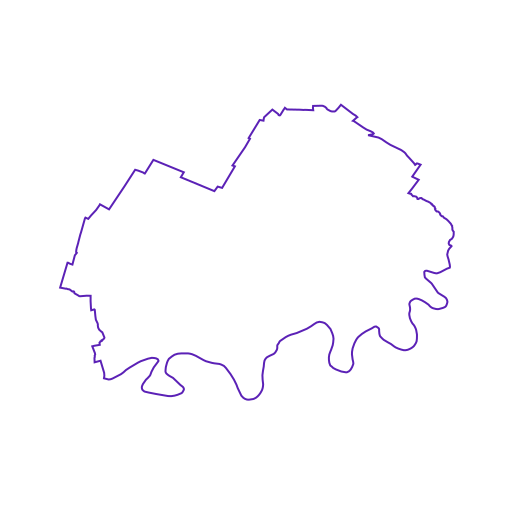 Paltinis, Botosani, Romania (Natural Earth projection), rotated 166°
{"feature_id": "2599482B86500837031664", "entity_name": "Paltinis", "entity_type": "district", "adm_level": 2, "iso_a3": "ROU", "parent_name": "Romania", "parent_adm1": "Botosani", "projection": "natural_earth1", "projection_center": [26.672, 48.222], "detail": "fine", "context": "isolated", "style": "outline", "palette": "violet", "viewbox_px": 512, "rotation_deg": 166, "n_neighbors": 0, "source": "geoboundaries", "source_scale": "gbopen_adm2", "svg_char_len": 6036}
<svg xmlns="http://www.w3.org/2000/svg" viewBox="0 0 512 512"><g transform="rotate(166 256 256)"><path d="M412.2,334.5L412.9,333.8L420.1,321.2L421.3,319.3L425.1,312.3L425.3,311.8L428.1,307.0L428.9,305.3L429.6,303.3L429.1,302.4L431.6,300.5L436.2,292.1L438.4,293.5L439.9,294.9L440.5,295.1L453.7,272.7L448.5,270.3L447.7,270.2L446.9,269.5L445.0,268.7L442.7,265.9L441.5,265.8L441.3,265.6L441.1,265.2L441.2,264.0L441.1,263.7L440.2,262.8L438.4,261.1L437.2,259.8L436.4,259.5L429.7,258.4L426.1,257.4L427.4,252.3L428.8,245.1L429.0,243.2L426.3,243.3L425.8,243.3L425.5,242.9L425.5,242.5L426.4,236.6L426.8,232.9L426.0,229.1L426.0,227.8L426.3,226.9L426.5,224.7L426.0,222.5L424.3,219.9L423.6,219.2L422.8,213.6L423.3,212.7L424.5,212.1L425.9,211.1L426.3,210.8L426.6,210.8L426.7,211.2L427.3,210.7L427.7,210.7L427.9,210.4L428.8,209.8L429.1,207.6L434.5,208.0L436.7,208.0L435.8,200.8L435.9,199.3L436.7,198.2L436.8,197.1L437.4,196.2L438.3,191.9L432.2,192.0L431.6,179.4L432.1,176.5L433.1,174.1L428.8,171.8L426.8,171.6L424.9,171.8L415.6,174.0L412.7,175.2L409.8,176.8L405.6,178.3L396.3,181.1L393.2,181.8L385.6,182.5L381.7,182.4L379.6,181.7L377.8,180.9L376.3,179.6L376.1,178.8L376.0,177.8L376.7,177.1L382.1,172.7L385.4,169.0L387.3,166.2L388.0,165.5L390.7,163.7L392.7,162.6L396.7,159.1L398.0,157.4L398.5,156.4L398.7,155.4L398.7,154.4L398.5,153.5L397.4,151.9L396.7,151.3L393.0,149.4L386.4,146.3L375.0,141.3L372.0,140.5L368.8,140.2L365.7,140.3L361.6,140.9L360.7,141.3L360.0,141.9L358.7,143.3L358.2,144.1L358.1,145.0L358.3,145.9L358.7,146.8L360.6,149.2L366.0,157.8L369.0,160.6L370.3,162.1L371.4,163.7L371.7,164.6L371.8,165.6L371.4,167.1L370.4,169.9L369.5,171.6L368.1,174.1L367.0,175.6L365.4,177.3L361.9,178.9L359.0,179.9L355.9,180.1L354.8,180.0L351.7,179.5L345.4,177.9L343.5,177.1L341.7,176.1L338.5,173.7L332.1,167.7L330.0,166.0L324.5,162.9L322.3,161.9L317.6,160.1L315.9,159.0L313.7,157.1L312.3,154.7L309.3,147.6L307.3,141.4L306.1,135.9L305.7,132.3L304.0,124.0L302.6,121.5L301.3,120.1L299.7,119.0L298.7,118.6L297.7,118.3L293.4,117.9L292.3,118.0L290.3,118.5L288.4,119.4L286.7,120.5L285.1,121.8L283.7,123.2L282.4,124.7L281.4,126.4L280.7,128.0L280.1,129.8L279.5,134.4L278.6,138.8L277.0,142.9L275.3,146.7L274.0,150.4L273.0,152.5L271.8,153.8L270.4,154.8L269.5,155.2L266.7,155.9L262.5,156.7L260.7,157.7L258.6,159.8L257.9,160.9L257.5,162.0L257.1,163.8L256.6,164.6L255.0,165.9L254.0,167.1L253.2,167.7L246.8,170.1L244.0,170.8L241.1,171.2L235.1,171.4L224.3,173.1L219.6,174.5L216.0,175.9L213.2,176.8L210.3,176.8L207.6,175.6L206.0,174.6L205.3,174.0L203.8,171.9L201.4,167.1L200.7,162.6L200.5,159.8L200.8,157.0L202.0,153.5L203.2,150.8L205.9,146.7L207.1,145.1L208.7,142.7L209.8,140.0L210.4,137.4L210.7,134.6L210.4,131.8L209.2,130.3L208.2,128.7L205.9,126.6L201.2,123.3L196.7,121.3L195.8,121.2L193.8,121.6L193.0,122.0L191.5,123.0L189.6,125.0L187.9,127.4L187.5,128.3L187.3,130.2L187.3,132.2L186.7,137.3L186.0,139.8L184.6,143.0L181.7,147.4L179.1,150.4L177.8,151.6L176.3,152.7L172.0,154.8L167.7,156.3L161.1,157.8L158.4,158.7L157.4,158.7L156.4,158.5L154.6,156.5L154.3,155.8L154.3,155.0L154.7,153.3L155.1,150.7L155.1,149.1L155.0,148.2L154.6,147.4L153.4,145.3L152.4,143.8L149.1,140.5L146.3,137.9L143.9,134.9L142.6,133.5L140.3,131.7L137.6,130.0L135.5,128.9L133.5,128.4L131.5,128.3L129.4,128.6L127.4,129.1L125.5,129.9L124.6,130.4L123.2,131.6L121.9,132.9L120.8,134.4L119.9,136.8L119.2,139.3L118.8,141.0L118.5,145.3L118.6,146.9L119.1,149.4L119.7,151.1L120.5,152.6L121.2,155.0L121.7,158.4L121.5,161.8L121.1,163.4L119.9,165.5L119.3,167.1L119.0,169.0L118.9,171.9L118.6,172.8L117.4,174.4L116.5,175.0L114.5,175.7L112.3,176.2L111.2,176.0L110.1,175.7L108.3,174.7L105.9,172.9L103.2,170.3L100.4,167.1L99.3,165.0L98.1,163.5L96.7,162.4L94.1,161.0L92.3,160.4L91.3,160.3L87.3,160.4L85.3,160.7L84.3,161.1L83.5,161.7L82.5,163.1L81.6,164.6L81.3,165.5L81.3,167.1L81.6,168.4L81.9,169.3L83.1,170.9L88.0,175.9L88.5,176.7L92.1,186.5L92.5,187.3L96.4,192.8L97.3,194.4L97.1,197.0L96.6,199.8L95.7,200.5L94.6,200.6L93.6,200.3L87.3,196.5L85.4,195.6L84.4,195.4L81.1,195.7L73.8,197.5L70.8,197.8L70.4,198.6L70.1,200.7L70.0,206.0L70.2,209.3L70.1,211.2L68.3,214.7L66.8,216.3L63.9,218.2L63.9,218.5L64.5,219.2L65.6,219.8L65.9,220.8L66.0,221.5L65.4,223.0L64.1,224.3L63.9,224.6L62.3,225.1L61.8,225.3L61.1,225.9L59.9,227.1L59.1,228.7L58.3,231.6L58.3,231.8L58.6,232.3L59.1,233.9L58.6,236.1L58.6,237.2L58.4,237.8L58.8,238.5L58.9,239.3L59.2,240.2L61.0,243.6L62.3,245.6L64.5,247.8L64.9,249.0L65.3,249.4L66.2,249.7L66.6,250.4L67.2,251.4L67.3,251.7L67.1,252.5L67.6,253.8L68.6,255.1L69.0,255.3L69.9,255.5L70.4,256.3L71.0,257.7L70.5,258.5L70.9,259.3L70.7,260.0L70.7,260.3L71.1,261.2L71.7,261.4L71.9,261.7L72.1,262.5L72.6,262.9L72.6,263.6L73.2,263.8L73.4,264.2L73.7,265.1L75.8,267.1L77.3,268.1L79.6,270.2L80.7,270.9L80.8,271.4L81.6,272.3L83.0,272.5L84.7,272.0L85.4,272.2L85.6,272.4L85.5,273.6L86.2,274.8L87.9,275.7L89.2,276.0L89.6,276.9L90.2,277.7L90.4,278.8L91.9,279.4L92.9,280.1L88.3,283.6L79.7,290.6L84.7,294.7L85.2,295.2L74.2,304.8L76.9,306.7L77.5,306.8L78.6,306.3L78.6,306.5L79.6,306.0L80.3,307.9L83.5,313.9L85.2,316.9L86.2,319.5L87.0,320.8L89.4,323.6L98.7,331.3L102.1,334.8L105.8,339.0L108.5,341.3L118.0,346.1L113.5,345.9L112.5,346.1L112.1,346.4L112.8,347.7L114.7,349.4L118.1,351.9L121.1,355.0L128.4,363.2L129.2,363.7L124.9,365.9L124.1,366.2L125.3,368.1L127.5,370.3L137.0,382.2L140.0,379.9L142.9,378.0L143.9,377.4L144.8,377.2L147.2,377.8L148.7,378.6L151.2,380.9L151.8,381.9L151.9,382.6L153.1,384.2L154.9,385.6L156.6,386.1L164.3,387.8L164.6,386.9L164.9,386.1L165.2,383.6L172.5,385.8L174.8,386.3L177.9,387.3L190.5,390.7L192.1,392.8L192.9,392.0L193.6,391.5L198.1,387.1L198.7,386.7L199.0,386.7L199.5,386.9L200.0,387.4L200.2,388.5L204.7,394.1L214.5,388.7L215.0,387.9L216.0,385.5L219.5,387.1L234.6,372.2L233.5,371.2L240.3,364.2L256.9,349.5L254.8,348.1L272.4,330.3L276.4,332.6L280.7,329.0L309.9,350.6L305.8,354.7L332.3,374.1L343.9,362.9L344.2,363.0L345.3,364.3L349.6,367.3L352.4,368.9L366.8,355.4L387.3,336.8L394.9,343.9L395.6,343.1L400.0,339.3L406.3,335.2L409.8,332.6L412.2,334.5Z" fill="none" stroke="#5b21b6" stroke-width="2"/></g></svg>